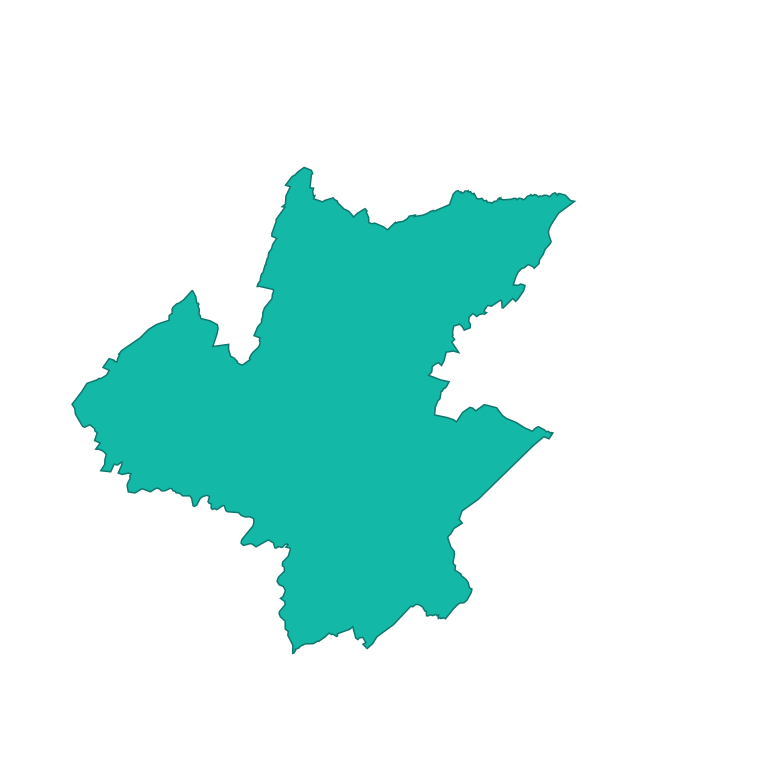 outline of Makarfi, Kaduna, Nigeria, rotated 46°
{"feature_id": "59680162B77220990792423", "entity_name": "Makarfi", "entity_type": "district", "adm_level": 2, "iso_a3": "NGA", "parent_name": "Nigeria", "parent_adm1": "Kaduna", "projection": "equal_earth", "projection_center": [7.915, 11.329], "detail": "fine", "context": "isolated", "style": "filled", "palette": "teal", "viewbox_px": 768, "rotation_deg": 46, "n_neighbors": 0, "source": "geoboundaries", "source_scale": "gbopen_adm2", "svg_char_len": 6170}
<svg xmlns="http://www.w3.org/2000/svg" viewBox="0 0 768 768"><g transform="rotate(46 384 384)"><path d="M219.8,624.1L223.7,631.5L229.3,629.2L230.6,636.6L233.0,634.4L237.5,632.6L241.8,632.8L244.3,637.0L247.9,640.9L249.6,648.0L257.3,641.6L254.2,633.7L257.0,632.2L258.0,626.8L259.6,627.9L263.5,637.1L267.2,635.1L270.5,629.9L272.9,628.3L273.7,630.9L275.5,632.1L277.5,637.7L278.9,639.6L284.0,642.9L289.4,638.8L291.3,630.7L299.3,626.9L300.7,620.3L302.8,618.5L306.5,618.2L308.7,615.7L310.4,610.6L311.8,609.3L314.1,610.0L316.4,608.6L317.7,609.2L320.7,606.9L324.6,606.5L329.5,601.4L332.6,601.8L339.0,605.9L340.4,605.4L341.0,602.7L338.7,595.9L339.0,592.7L341.0,588.8L343.6,587.6L346.3,592.2L347.7,592.7L350.4,591.6L353.1,594.5L354.9,594.6L355.9,592.4L358.2,591.6L359.6,584.1L360.8,583.5L365.2,585.7L367.3,585.2L375.4,578.0L379.4,578.0L383.2,576.2L386.1,572.9L390.2,571.2L393.1,573.6L395.1,577.0L397.1,593.9L398.0,595.9L399.3,597.4L402.5,597.3L405.8,591.3L407.4,590.0L412.2,589.2L415.8,575.5L421.6,573.9L426.0,576.3L427.0,575.7L428.1,572.3L430.1,571.5L431.0,570.1L430.7,566.5L432.0,564.6L433.0,564.7L433.2,567.9L436.5,565.7L437.8,566.0L441.5,572.8L441.7,580.6L444.1,583.4L446.3,582.9L449.4,585.5L449.7,594.2L451.5,597.9L455.6,598.9L459.7,597.1L464.1,598.4L466.9,604.6L466.3,607.4L471.6,606.5L474.1,608.5L475.0,617.0L475.9,618.7L479.5,620.3L485.8,619.8L491.8,625.3L495.6,624.7L497.8,627.7L508.6,631.0L514.3,636.8L514.9,635.6L514.1,632.4L513.2,632.1L514.8,628.5L514.5,626.3L516.3,621.0L521.7,615.3L522.8,610.5L523.8,609.6L525.0,602.3L525.0,596.5L527.7,595.9L528.8,594.4L532.7,593.5L533.0,592.4L531.2,591.2L536.7,578.8L536.9,575.1L547.2,580.8L549.7,580.3L549.4,578.3L551.5,575.3L557.6,576.7L556.6,579.9L562.6,579.9L562.9,572.7L560.9,564.5L563.7,544.4L562.5,519.2L564.2,518.1L564.7,514.2L567.2,512.1L571.2,511.2L575.7,512.3L577.0,511.6L580.3,514.4L581.6,513.2L581.9,511.3L584.6,509.7L585.7,506.8L587.3,506.9L588.2,505.3L589.2,507.1L590.5,507.8L591.1,505.9L592.1,506.1L593.7,503.5L595.6,502.8L594.0,490.9L593.8,483.8L594.3,481.5L596.9,478.5L597.1,474.4L594.6,466.2L592.6,463.2L590.0,464.1L585.3,461.4L581.5,460.8L575.5,461.5L574.0,460.7L567.2,462.3L564.4,458.8L561.7,459.1L560.3,458.2L555.4,451.5L553.0,449.8L547.6,449.1L539.4,445.2L538.2,444.2L538.2,440.0L536.5,434.1L538.5,424.4L533.5,423.8L529.5,416.2L532.4,396.4L532.0,319.4L532.9,305.7L538.1,303.3L536.5,296.5L535.3,297.2L535.2,298.1L531.9,298.9L530.7,300.6L528.7,300.4L522.2,302.5L521.5,303.4L520.9,306.8L521.1,310.1L513.5,313.2L503.7,315.6L493.7,319.9L488.8,320.7L479.3,319.5L469.9,325.3L468.5,326.4L467.0,336.8L463.2,336.9L460.5,338.4L459.1,347.4L461.6,358.2L458.1,358.7L452.0,361.9L441.4,369.1L436.3,363.1L433.7,357.5L433.5,354.0L429.0,348.1L429.6,346.9L428.6,344.2L429.4,343.3L429.2,340.7L427.6,335.6L420.2,340.5L408.8,345.9L408.4,341.1L405.1,337.4L405.3,333.8L406.6,329.9L410.7,329.8L408.9,324.6L404.3,317.2L408.4,311.3L413.3,308.4L400.8,306.1L401.1,302.3L397.3,301.9L396.7,300.3L394.6,299.0L390.7,293.6L393.0,289.4L393.0,288.2L396.9,287.8L401.0,288.9L402.3,285.6L403.4,282.9L401.0,280.3L397.9,279.6L395.0,276.3L395.1,271.0L399.9,270.5L400.3,267.0L402.3,263.9L403.6,263.2L403.9,260.6L401.6,261.7L400.7,260.7L399.4,255.0L402.7,252.6L404.6,241.9L406.4,242.0L411.2,246.1L412.1,245.5L411.9,231.9L416.0,232.0L416.0,229.0L414.1,219.3L411.6,214.7L411.0,214.1L407.0,216.2L406.3,218.9L402.5,222.2L398.3,214.3L396.7,209.7L396.5,204.9L397.9,202.0L398.2,197.3L402.7,195.4L405.1,195.6L405.1,188.9L402.6,185.7L401.4,179.7L399.1,174.6L398.4,166.4L397.6,164.8L391.4,162.0L388.5,159.7L386.6,156.4L385.0,151.2L382.4,139.8L385.0,120.0L381.6,122.4L374.1,122.4L368.5,125.8L368.2,126.7L368.9,128.2L365.3,128.1L364.3,131.0L364.4,134.7L361.5,135.8L359.4,137.7L358.5,140.1L357.1,141.2L356.9,142.8L354.2,143.0L352.3,144.2L351.8,146.4L349.6,146.9L349.8,148.1L348.6,150.4L348.8,154.7L347.9,156.1L346.8,155.9L344.1,157.8L343.7,160.5L342.3,160.1L340.6,161.7L339.2,164.6L334.2,170.4L332.3,171.4L331.3,170.7L331.3,172.4L330.3,171.9L330.1,174.0L331.0,175.5L329.1,178.0L329.1,181.0L327.7,181.0L325.2,183.5L323.2,182.7L321.6,184.9L318.5,184.5L316.9,187.1L315.0,188.5L309.9,186.8L310.0,187.7L309.0,187.4L308.0,188.7L305.9,188.1L304.8,189.7L303.3,189.1L303.2,190.3L301.4,191.5L301.7,193.7L300.7,195.6L299.6,195.0L298.4,196.2L296.5,196.4L295.4,198.1L295.5,202.2L300.5,212.2L294.6,227.7L293.6,227.7L292.0,231.0L292.0,232.3L289.9,238.2L284.7,245.7L284.2,244.1L280.8,249.2L281.3,252.5L280.2,257.5L277.2,261.5L276.7,263.6L275.6,263.5L275.5,274.4L270.0,275.4L261.9,278.9L260.1,281.5L257.3,282.8L253.6,279.4L248.7,277.6L247.7,276.9L247.8,276.1L244.7,275.8L242.7,284.6L242.8,289.9L235.5,289.3L230.2,291.2L221.3,291.4L220.1,290.5L216.7,291.5L214.8,291.2L210.7,299.3L210.4,301.6L201.9,306.0L200.4,302.8L199.7,304.1L196.0,301.7L194.2,298.6L191.5,301.0L183.1,290.9L183.1,289.1L179.9,287.8L172.7,291.0L171.6,298.8L171.8,303.0L170.9,306.0L172.6,316.8L177.0,314.3L180.7,324.0L186.1,329.9L185.7,334.1L188.0,332.3L190.7,347.3L192.3,348.8L197.8,360.0L199.8,362.0L204.7,360.0L206.3,367.1L208.6,371.0L209.5,375.7L212.6,379.7L212.5,380.6L215.1,385.2L216.1,385.5L215.9,387.1L219.9,393.8L219.7,395.2L220.8,397.5L223.8,401.6L224.5,405.5L225.8,407.5L227.2,405.8L239.1,398.0L240.6,399.1L242.2,402.3L244.8,405.3L246.2,416.9L248.4,421.5L251.5,424.6L252.4,427.0L254.7,429.5L255.2,435.2L258.9,443.9L264.6,441.1L266.1,443.5L267.9,444.0L269.7,446.7L270.3,449.4L270.2,456.5L270.8,459.9L272.2,463.1L273.5,463.1L272.0,472.7L270.1,473.8L267.0,474.7L266.0,473.9L261.4,473.8L257.4,475.1L251.0,471.7L247.6,468.2L238.1,481.1L232.1,469.6L228.9,464.9L225.6,462.7L217.8,465.2L209.5,470.3L207.0,468.6L205.5,468.9L202.3,465.2L198.4,463.5L198.2,462.0L197.1,461.4L195.6,462.4L190.3,458.7L183.9,456.9L183.5,457.6L184.3,470.2L183.3,475.5L182.3,477.6L182.3,482.6L183.2,484.8L186.0,487.2L185.5,491.0L188.8,494.4L183.2,506.2L181.2,515.6L181.4,527.6L177.7,549.5L178.3,554.2L179.3,553.9L180.8,558.3L182.6,560.6L180.7,562.2L179.9,561.5L174.8,564.1L176.9,574.7L183.3,572.1L184.9,577.3L183.4,584.0L182.0,585.0L181.8,587.3L177.2,597.3L179.6,607.1L181.9,622.5L186.8,623.5L191.3,626.9L205.1,630.2L207.1,629.5L209.0,623.9L214.9,623.2L217.2,624.6L219.8,624.1Z" fill="#14b8a6" stroke="#0f766e" stroke-width="1.5"/></g></svg>